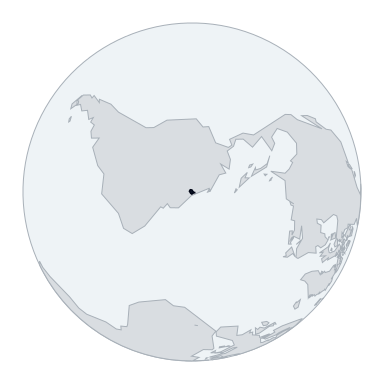 Upper Demerara-Berbice on an orthographic globe, rotated 120°
{"feature_id": "GUY-673", "entity_name": "Upper Demerara-Berbice", "entity_type": "Region", "adm_level": 1, "iso_a3": "GUY", "parent_name": "Guyana", "parent_adm1": "", "projection": "orthographic", "projection_center": [-58.308, 5.539], "detail": "fine", "context": "on_globe", "style": "filled", "palette": "ink", "viewbox_px": 384, "rotation_deg": 120, "n_neighbors": 0, "source": "natural_earth", "source_scale": "10m", "svg_char_len": 8335}
<svg xmlns="http://www.w3.org/2000/svg" viewBox="0 0 384 384"><g transform="rotate(120 192 192)"><circle cx="192" cy="192" r="169" fill="#eef3f6" stroke="#a8b0b8"/><path d="M104.4,47.5L105.8,46.7L120.1,39.1L134.9,33.0L138.6,31.9L132.5,36.3L139.0,35.4L141.8,40.7L145.0,39.2L148.1,41.0L152.9,40.1L152.0,41.8L156.6,39.6L156.4,38.2L158.4,36.9L161.2,36.4L160.6,38.4L159.1,39.0L160.4,39.3L158.9,40.6L161.3,39.7L160.2,42.5L165.4,39.1L168.1,40.8L166.2,42.9L161.0,43.5L143.8,51.5L140.3,54.7L140.7,58.2L152.8,62.5L151.2,66.1L153.0,70.4L156.4,67.8L156.2,63.6L162.8,60.3L161.8,56.1L164.3,54.3L165.4,50.2L171.1,50.2L176.0,52.6L175.4,56.2L177.6,57.5L182.9,53.9L186.3,61.0L196.5,67.0L196.7,69.2L188.7,73.1L176.8,73.1L166.4,80.2L179.0,75.2L179.5,81.8L182.0,82.9L185.4,82.6L187.6,80.1L188.9,82.5L177.0,87.9L175.5,85.7L179.3,83.9L173.7,84.2L165.6,88.7L166.5,92.2L153.4,97.1L153.8,99.8L151.2,102.7L151.4,97.9L150.8,106.9L135.6,117.1L134.6,134.1L129.2,120.8L123.4,119.3L116.1,119.6L115.8,122.3L106.7,120.2L97.5,125.9L92.5,139.4L94.4,150.0L104.7,150.5L108.5,144.7L116.4,143.5L109.2,159.5L122.9,162.0L120.6,174.1L124.4,180.4L131.6,178.9L138.9,182.0L144.6,175.0L153.6,171.3L153.4,181.2L158.7,172.2L163.5,177.0L181.7,176.7L180.2,179.0L195.4,190.7L212.5,195.8L216.5,203.0L214.4,207.5L220.4,208.8L220.5,211.7L245.1,215.9L257.9,223.0L257.7,233.1L247.3,245.0L238.8,269.3L220.4,277.3L216.3,286.8L202.9,300.4L191.7,299.4L195.6,306.0L189.9,309.9L182.8,310.1L182.1,314.7L176.9,314.7L180.8,317.7L173.5,323.3L176.9,328.0L171.9,332.3L174.4,335.0L172.0,334.8L169.9,335.7L170.1,337.2L162.4,334.6L158.8,328.6L160.6,325.6L157.4,325.0L160.9,317.0L158.0,318.6L156.5,306.1L159.6,295.6L159.3,263.9L155.3,257.3L142.3,249.6L126.5,224.9L130.2,215.0L127.0,210.2L137.6,196.1L135.2,182.8L131.5,180.9L127.6,185.8L115.5,177.3L111.8,167.2L78.2,150.1L75.5,145.0L76.7,137.0L72.3,111.0L71.1,135.2L68.1,130.4L66.9,121.7L69.2,119.6L70.6,107.3L68.9,102.7L74.2,88.2L88.8,71.0L88.4,73.6L91.9,69.7L92.7,66.4L92.3,65.3L105.5,51.3L109.8,45.2L105.5,47.1L110.9,44.2L101.4,49.4L104.4,47.5ZM133.0,139.9L148.7,148.4L139.1,149.3L141.0,147.8L137.2,144.3L129.9,141.1L121.6,142.8L133.0,139.9ZM141.5,130.5L138.8,129.8L141.6,129.8L141.5,130.5ZM91.6,65.3L92.3,66.6L90.4,70.6L89.3,69.6L91.6,65.3ZM95.8,58.7L97.1,58.5L93.0,62.1L93.5,61.1L95.8,58.7ZM101.7,49.3L100.5,50.0L101.7,49.3ZM162.2,50.6L163.8,50.4L162.8,51.2L162.2,50.6ZM161.2,49.1L159.0,50.2L158.1,49.7L159.6,49.0L161.2,49.1ZM164.2,47.9L157.0,48.7L155.6,47.8L159.9,44.6L164.2,47.9ZM155.2,38.1L155.5,39.5L152.6,38.9L155.2,38.1ZM152.9,38.0L141.4,38.9L142.4,36.9L146.0,36.8L145.2,35.0L151.4,33.5L153.2,34.2L151.3,35.7L155.1,34.0L152.9,38.0ZM159.0,36.4L156.6,36.6L157.2,34.8L162.2,34.1L160.4,34.9L159.0,36.4ZM142.0,35.4L143.4,34.1L148.8,32.5L150.0,31.9L151.6,33.3L142.0,35.4ZM161.7,35.0L164.7,33.8L167.0,34.3L161.4,36.1L161.7,35.0ZM155.3,34.7L155.9,33.9L157.2,34.0L155.3,34.7ZM176.6,35.9L173.7,35.8L173.8,34.8L176.6,35.9ZM165.7,33.4L164.9,33.2L164.6,32.9L167.1,32.3L165.7,33.4ZM155.3,32.2L157.2,31.9L154.9,31.5L158.8,30.6L159.2,31.8L160.7,30.9L161.9,30.6L160.8,32.0L155.3,32.2ZM168.7,30.9L170.4,32.6L175.8,32.7L175.9,33.6L167.2,33.2L168.7,30.9ZM164.1,31.3L167.0,31.2L165.6,32.1L162.8,32.8L164.1,31.3ZM161.4,29.6L155.3,30.7L155.4,30.4L161.4,29.6ZM170.5,30.7L170.0,30.3L171.0,30.6L170.5,30.7ZM164.5,29.6L162.3,30.0L162.5,29.6L164.5,29.6ZM170.9,29.4L171.5,29.9L169.6,30.3L170.9,29.4ZM168.2,29.3L169.0,28.8L168.6,30.1L167.2,29.5L168.2,29.3ZM165.0,29.3L164.5,29.2L165.9,29.2L165.0,29.3ZM177.6,27.8L177.6,29.4L173.5,30.2L174.1,28.5L177.6,27.8ZM175.7,339.9L163.3,335.5L170.0,337.5L173.6,335.4L180.5,338.6L175.7,339.9ZM186.7,334.3L191.6,333.1L193.0,333.8L190.0,334.9L186.7,334.3ZM327.2,90.6L327.2,92.5L321.8,86.3L317.5,79.0L317.3,78.6L327.2,90.6ZM311.0,72.1L310.5,71.6L309.0,70.1L311.0,72.1ZM306.8,68.0L308.6,69.8L310.8,71.9L312.7,74.0L310.8,72.3L309.2,70.5L308.1,70.0L316.1,79.1L319.2,82.2L319.3,85.3L324.6,91.0L326.2,94.3L318.0,86.0L315.3,82.6L303.8,75.2L306.7,78.8L317.7,86.4L316.3,86.1L320.3,92.0L316.2,87.3L303.3,78.9L300.4,82.8L304.6,98.8L301.1,101.2L294.6,99.6L285.1,85.1L293.8,81.5L290.5,77.1L281.9,72.1L285.3,71.7L282.9,69.4L285.5,68.2L282.4,62.0L284.1,60.6L276.4,54.3L276.2,52.9L280.8,56.9L284.8,59.3L288.1,57.2L286.9,55.6L281.6,51.8L283.2,52.1L277.6,48.8L276.3,46.7L273.3,46.8L267.0,43.2L262.7,40.2L260.1,39.3L267.1,44.3L270.4,46.4L274.1,48.1L282.7,54.9L282.9,56.6L271.9,50.2L271.1,52.2L262.9,47.0L248.9,35.4L246.4,33.1L255.9,35.7L260.3,37.6L259.0,37.5L266.1,40.4L262.7,38.8L264.0,39.2L258.3,36.6L259.0,36.9L252.4,34.2L252.6,34.3L264.4,39.3L275.8,45.3L286.7,52.0L297.0,59.6L306.8,68.0ZM340.9,112.2L340.6,111.7L340.9,112.2ZM338.6,108.0L338.5,107.7L341.6,113.4L338.5,108.1L343.1,116.5L348.3,127.8L352.6,139.5L356.0,151.5L358.6,163.7L360.2,176.0L360.9,188.5L360.7,200.9L359.6,213.3L357.6,225.6L354.7,237.7L350.8,249.6L346.2,261.1L340.7,272.3L334.4,283.0L331.4,287.3L328.1,289.5L331.9,283.5L336.2,272.7L344.0,245.6L349.1,232.0L350.5,222.1L347.6,201.6L348.5,189.1L346.8,184.4L343.7,186.6L341.2,181.1L338.9,181.5L321.7,189.6L313.9,183.0L298.5,161.2L299.8,151.2L295.5,140.7L300.6,101.8L306.7,102.6L316.4,94.9L318.5,95.6L322.8,103.4L334.4,110.3L331.7,103.2L336.9,106.4L336.8,105.0L329.2,93.3L338.6,108.0ZM304.8,120.1L306.0,123.3L304.8,120.1ZM182.2,176.6L184.4,178.5L181.4,178.6L182.2,176.6ZM137.4,153.3L140.9,153.6L142.6,155.1L139.9,155.6L137.4,153.3ZM167.5,153.9L171.7,154.8L167.2,155.5L167.5,153.9ZM151.2,149.5L164.2,153.5L155.5,156.3L147.4,153.9L153.2,153.2L151.2,149.5ZM139.2,136.0L141.3,136.7L140.4,138.5L139.2,136.0ZM143.6,130.5L142.7,130.7L141.8,129.2L143.6,130.5ZM180.2,81.4L181.2,81.1L184.5,81.3L182.7,82.4L180.2,81.4ZM200.8,76.8L202.6,80.8L200.1,78.5L197.9,80.4L189.8,78.2L196.5,70.3L194.9,74.0L200.8,76.8ZM180.9,73.7L185.3,75.5L180.2,73.9L180.9,73.7ZM266.8,59.9L269.9,60.7L272.1,63.4L270.0,66.5L266.7,62.5L266.8,59.9ZM273.7,61.4L263.4,55.0L264.3,53.2L265.6,55.2L267.2,54.7L269.6,57.8L280.6,63.1L283.3,65.9L277.9,69.2L278.2,66.4L275.1,65.5L273.7,61.4ZM235.5,46.0L231.0,44.4L238.7,42.5L242.0,44.3L240.1,47.1L235.1,46.7L235.5,46.0ZM173.2,42.7L170.9,43.1L171.1,42.4L173.1,41.5L173.2,42.7ZM175.3,36.0L183.0,40.5L180.8,41.1L187.9,43.8L185.0,46.4L180.5,44.5L183.6,48.9L178.4,48.3L181.1,51.2L171.4,46.7L166.9,46.7L173.1,45.5L175.8,43.0L175.7,41.9L171.8,39.0L163.4,38.3L164.8,36.1L168.0,34.7L170.2,34.5L168.6,35.9L172.8,34.7L172.1,36.6L175.3,36.0ZM205.0,26.8L202.2,27.4L210.4,27.5L209.9,28.5L210.8,28.4L212.6,29.5L216.4,31.0L215.3,31.4L217.3,31.8L218.4,32.8L220.7,33.5L219.7,34.8L222.4,35.9L220.3,35.9L225.3,37.7L221.1,37.0L222.2,38.4L225.7,38.3L214.3,45.4L212.7,49.8L213.7,54.1L206.4,52.9L200.7,48.5L197.0,43.3L199.5,39.6L195.7,40.0L195.8,38.5L198.8,38.8L194.3,37.5L195.2,36.4L191.8,33.3L184.8,32.6L183.4,31.7L186.6,31.4L182.9,30.7L188.0,29.7L187.1,29.1L191.2,27.7L197.8,27.9L196.3,27.3L199.4,26.5L205.0,26.8ZM178.9,27.4L187.0,26.9L190.7,27.3L182.0,29.6L182.1,30.3L176.7,32.3L171.5,31.8L173.6,31.2L174.3,30.5L175.6,30.9L175.2,30.1L177.9,29.4L178.3,28.7L180.8,28.6L178.9,27.4ZM317.6,92.4L318.6,92.3L319.5,91.5L322.0,95.4L317.6,92.4ZM309.0,86.7L309.4,85.9L313.4,90.5L312.3,90.8L309.0,86.7ZM306.3,81.8L309.2,85.5L307.0,83.7L306.3,81.8ZM280.8,56.2L280.9,55.4L282.2,56.2L283.7,57.7L280.8,56.2ZM229.3,29.2L227.1,29.0L226.3,28.7L220.3,27.6L220.2,27.1L223.9,27.5L229.3,29.2ZM329.1,93.3L331.1,96.3L330.2,95.2L329.7,94.3L329.1,93.3ZM327.9,95.7L329.8,96.8L328.5,96.8L327.9,95.7ZM228.3,28.4L225.8,28.0L227.3,28.0L228.3,28.4ZM219.9,26.7L221.1,26.6L219.5,26.9L219.9,26.7ZM217.7,25.1L220.2,25.6L218.9,25.5L217.7,25.1Z" fill="#d9dde1" stroke="#a8b0b8" stroke-width="1"/><path d="M191.1,189.4L191.3,189.3L191.4,189.6L191.5,189.6L191.7,189.8L191.8,189.9L191.8,190.0L191.8,190.3L192.0,190.3L192.3,190.3L192.5,190.4L192.6,190.5L192.8,190.8L193.0,190.8L193.2,191.0L193.3,191.0L193.5,191.1L193.8,191.0L194.0,191.3L194.0,191.5L193.8,192.2L193.8,192.5L193.7,192.7L193.6,192.9L193.5,193.1L193.4,193.2L193.3,193.5L193.0,193.9L192.9,194.0L192.8,194.3L192.7,194.6L192.1,194.7L191.8,194.7L191.4,194.7L191.2,194.7L190.9,194.6L190.8,194.3L190.7,194.3L190.5,193.9L190.4,193.7L190.5,193.1L190.5,192.9L190.4,192.8L190.3,192.6L190.4,192.4L190.5,192.4L190.8,192.3L190.9,192.2L191.0,192.1L191.1,191.9L191.1,191.5L191.1,191.4L191.1,191.2L191.2,190.9L191.2,190.6L191.2,190.4L191.2,190.0L191.2,189.9L191.2,189.6L191.1,189.4L191.1,189.4Z" fill="#0f172a" stroke="#020617" stroke-width="1.5"/></g></svg>